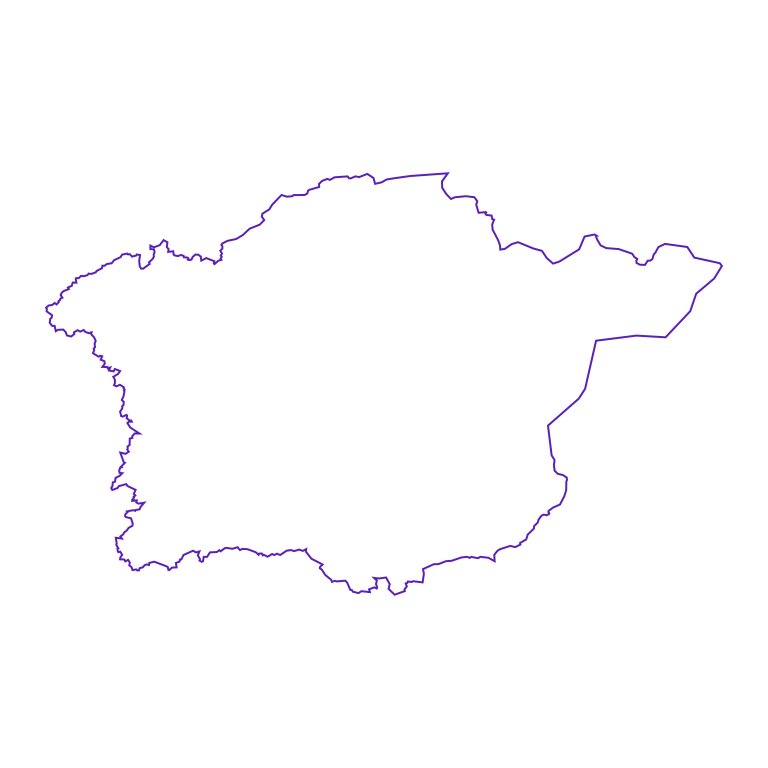 outline of Killaloe Lea-5, Clare, Ireland
{"feature_id": "5873133B2483267720769", "entity_name": "Killaloe Lea-5", "entity_type": "district", "adm_level": 2, "iso_a3": "IRL", "parent_name": "Ireland", "parent_adm1": "Clare", "projection": "natural_earth1", "projection_center": [-8.743, 52.879], "detail": "fine", "context": "isolated", "style": "outline", "palette": "violet", "viewbox_px": 768, "rotation_deg": 0, "n_neighbors": 0, "source": "geoboundaries", "source_scale": "gbopen_adm2", "svg_char_len": 6068}
<svg xmlns="http://www.w3.org/2000/svg" viewBox="0 0 768 768"><path d="M687.3,247.0L665.0,243.9L658.4,247.1L655.3,252.8L653.8,254.3L652.3,259.2L650.4,260.6L647.7,260.7L645.0,264.9L639.9,264.7L636.6,263.0L636.3,260.8L637.3,258.9L634.4,257.1L632.2,253.7L618.8,249.1L606.3,248.1L600.6,245.4L597.0,239.2L595.8,235.8L596.5,235.7L594.6,234.5L584.6,236.5L579.2,249.3L559.3,261.6L553.1,263.6L546.9,258.2L541.9,250.8L533.4,248.5L518.0,242.2L511.7,244.1L504.8,248.9L500.3,249.6L500.0,245.4L498.2,240.3L492.6,229.6L492.2,224.5L494.1,219.7L492.2,219.0L491.6,215.6L486.3,214.9L485.4,213.7L486.2,212.4L485.7,212.1L478.6,212.8L476.2,204.6L477.3,201.2L474.3,197.2L465.7,196.2L454.7,197.3L451.0,199.0L446.0,193.7L442.2,187.8L442.0,181.4L447.8,173.3L410.3,176.0L395.3,178.1L386.6,179.5L381.7,182.3L375.1,183.8L373.5,178.0L367.3,173.9L359.2,177.1L355.3,176.4L350.7,178.4L348.9,178.2L347.6,176.4L334.6,177.3L329.9,179.9L327.2,178.9L322.1,180.9L319.0,183.9L319.2,187.0L309.3,189.8L308.1,190.6L307.3,193.5L304.6,195.0L293.4,195.1L292.4,196.2L287.0,196.7L281.5,195.0L272.1,204.8L269.3,209.4L262.4,213.7L261.8,216.6L264.2,220.1L259.8,224.6L249.6,228.7L242.6,235.2L236.2,239.0L227.3,240.9L222.0,243.7L221.4,244.9L222.3,245.8L222.4,248.6L220.3,250.7L222.0,253.6L220.8,255.6L221.7,256.7L220.6,258.6L221.4,259.8L218.2,260.8L214.5,264.1L213.8,263.5L214.3,261.2L206.2,258.1L201.3,260.6L200.8,256.6L198.3,254.7L195.3,254.6L192.7,256.9L191.5,259.6L189.5,260.1L187.8,259.6L188.4,258.4L187.5,257.6L183.9,257.3L183.6,255.8L180.9,255.0L177.8,256.1L174.4,255.3L173.6,254.6L173.3,251.3L168.2,251.9L168.6,249.2L166.8,247.0L167.4,242.3L163.6,240.1L159.8,245.1L154.0,247.3L150.4,245.6L150.4,249.1L154.0,249.4L154.6,252.3L153.7,254.3L153.9,256.7L152.5,259.1L149.0,262.3L149.7,263.9L143.1,268.7L141.1,268.7L139.7,266.0L139.2,261.0L140.0,255.0L136.7,254.5L136.3,255.5L132.1,256.6L129.7,254.1L128.0,254.4L127.3,253.6L122.1,254.6L120.5,257.2L114.1,260.2L111.6,263.3L106.9,264.0L104.4,265.8L102.4,265.7L102.0,268.2L96.6,271.0L95.7,272.4L91.2,273.9L88.6,273.6L87.4,275.2L83.8,276.2L81.2,275.8L78.6,278.2L76.2,278.1L75.7,278.8L76.4,282.7L72.8,282.5L71.7,285.9L67.9,287.5L68.8,289.1L63.6,291.1L61.6,292.9L60.7,295.1L62.4,297.7L60.4,298.6L59.9,300.2L58.4,301.3L58.7,302.2L56.6,304.4L54.6,303.0L52.2,305.0L48.7,305.5L46.1,307.6L46.9,309.0L46.6,311.3L52.0,315.2L51.7,317.7L50.3,318.7L49.7,322.8L52.2,325.9L54.6,325.9L55.8,331.2L58.0,329.8L63.3,329.6L65.7,332.2L67.0,335.5L71.2,336.5L74.3,334.0L73.9,332.4L77.6,330.2L80.2,331.6L83.7,330.0L85.3,331.9L88.8,333.2L91.6,332.3L91.2,334.3L94.1,337.3L95.7,340.9L94.6,343.6L95.0,347.2L93.7,348.6L94.2,350.2L93.0,353.2L98.7,356.7L100.6,355.7L102.2,356.3L100.7,359.7L104.4,361.2L104.8,363.7L102.4,366.9L107.5,367.1L107.8,368.4L110.2,367.5L108.9,370.5L113.6,371.4L114.8,369.0L120.1,371.0L118.1,373.9L113.3,376.8L114.9,379.7L114.9,383.2L114.0,385.2L116.5,386.3L119.9,384.8L123.8,387.2L123.6,388.5L124.6,389.4L123.9,390.5L124.5,391.1L123.5,396.3L121.8,400.0L123.8,401.9L123.4,405.2L122.2,406.3L122.3,408.3L120.1,411.6L121.2,416.1L122.8,416.6L126.4,414.9L127.1,415.5L126.7,418.3L129.8,420.6L131.2,420.5L131.8,421.7L128.8,421.7L127.4,423.0L130.2,427.5L139.4,433.5L134.6,433.5L132.3,436.2L132.3,438.0L129.8,438.5L129.6,445.0L127.5,446.6L127.8,448.3L127.2,449.5L128.8,451.7L125.6,453.8L120.3,452.6L123.9,462.6L124.8,462.9L121.1,466.6L121.7,467.3L120.2,467.6L119.2,470.7L119.6,472.9L122.3,473.2L119.7,475.8L115.6,477.9L115.0,481.7L112.8,482.4L112.4,486.4L111.2,488.0L112.3,490.0L117.6,488.0L118.7,486.2L126.3,484.1L127.5,486.0L135.6,489.9L133.8,493.9L135.3,495.4L133.7,496.8L134.1,497.3L133.1,498.7L133.6,499.4L132.3,499.7L132.2,500.9L136.8,500.4L136.3,502.4L138.3,503.6L144.2,502.7L140.7,506.7L139.5,509.4L135.6,510.0L135.2,510.8L133.2,510.2L127.0,511.4L127.6,512.1L125.4,514.1L125.1,516.1L125.9,517.1L131.0,518.3L132.7,523.3L132.5,525.7L128.6,527.9L126.8,530.5L124.2,532.4L123.3,534.3L120.4,536.4L121.9,538.6L115.8,537.8L116.7,543.3L116.3,544.9L118.3,548.3L117.5,548.6L117.8,551.4L118.4,552.2L120.2,551.6L122.2,554.9L120.4,557.3L120.1,559.3L124.3,559.5L125.3,561.4L128.1,559.9L129.8,562.4L129.3,565.4L131.5,567.0L132.5,570.1L136.2,569.4L137.4,570.5L139.0,570.3L139.6,568.2L142.9,567.3L144.6,565.2L146.8,564.4L149.0,565.0L149.3,562.9L154.2,561.7L166.5,566.3L167.8,567.1L168.4,569.9L169.2,570.1L172.0,567.6L176.6,567.4L175.9,563.0L179.5,561.6L180.0,559.5L181.4,559.4L183.5,555.0L193.1,550.7L195.9,552.4L199.4,551.4L197.8,555.3L200.0,559.2L199.5,560.6L201.7,561.8L203.0,561.3L203.7,556.9L207.1,556.9L209.9,552.4L216.8,552.0L219.5,550.2L220.6,551.3L224.8,548.2L226.7,547.9L232.4,548.8L237.6,547.2L240.0,550.1L242.4,548.9L247.5,549.2L255.7,552.2L258.6,554.8L259.1,553.6L261.7,553.5L262.8,555.3L263.5,554.7L267.7,556.7L272.1,554.0L274.3,555.1L276.9,553.7L280.2,555.0L286.6,550.7L290.9,550.1L294.3,551.1L299.0,549.6L302.8,550.9L306.2,549.1L305.9,551.7L311.4,558.7L322.6,564.5L319.9,567.1L319.9,568.4L321.7,569.5L325.4,575.1L331.1,579.7L332.0,581.9L334.8,580.8L336.8,581.4L345.4,580.7L347.3,582.9L350.3,589.9L351.8,590.0L352.9,591.7L358.5,593.1L361.4,591.2L369.9,592.1L369.1,589.3L374.3,587.4L376.8,588.5L377.2,587.4L376.0,584.0L376.9,580.6L374.1,577.9L379.0,578.5L386.1,577.5L389.7,584.1L388.6,588.9L394.6,594.7L404.8,591.1L404.5,589.4L406.8,586.5L405.7,583.4L407.3,582.9L407.9,581.5L411.6,582.0L412.9,581.2L422.6,582.4L423.9,573.8L423.0,569.1L433.8,564.2L438.5,564.1L446.0,561.2L451.6,560.8L461.3,557.5L467.0,556.8L469.7,557.9L471.2,556.9L478.1,558.2L480.2,556.8L488.5,557.8L494.6,561.2L494.3,554.9L497.2,551.0L500.0,549.2L510.3,545.9L515.2,547.1L520.4,544.6L520.1,542.9L526.2,539.5L527.7,534.6L533.9,528.6L534.2,526.0L537.8,522.5L538.5,519.8L541.2,516.0L543.5,514.6L546.6,515.2L548.9,514.2L549.3,513.3L548.3,512.0L548.5,511.0L553.0,507.6L560.0,504.5L564.3,496.2L566.2,490.2L566.3,481.9L567.0,479.7L566.7,477.6L562.9,475.0L557.9,473.9L554.6,470.7L553.9,464.9L554.6,460.2L551.6,455.2L548.0,425.6L578.8,398.6L585.1,388.8L596.1,340.7L636.4,335.6L665.6,337.3L690.3,311.1L696.2,293.7L714.2,278.5L721.9,266.0L719.8,263.2L694.3,257.6L687.3,247.0Z" fill="none" stroke="#5b21b6" stroke-width="2"/></svg>